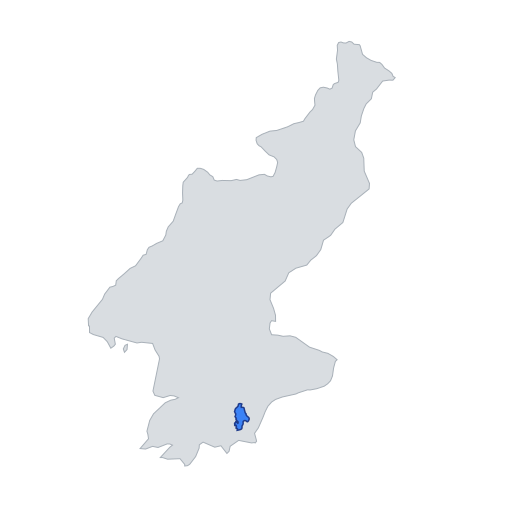 Kumchon, Hwanghae-bukto, North Korea shown in context, rotated 345°
{"feature_id": "82179303B1083832537536", "entity_name": "Kumchon", "entity_type": "district", "adm_level": 2, "iso_a3": "PRK", "parent_name": "North Korea", "parent_adm1": "Hwanghae-bukto", "projection": "robinson", "projection_center": [126.491, 38.201], "detail": "fine", "context": "in_parent", "style": "filled", "palette": "blue", "viewbox_px": 512, "rotation_deg": 345, "n_neighbors": 0, "source": "geoboundaries", "source_scale": "gbopen_adm2", "svg_char_len": 4641}
<svg xmlns="http://www.w3.org/2000/svg" viewBox="0 0 512 512"><g transform="rotate(345 256 256)"><path d="M307.5,377.2L305.4,378.3L302.0,384.2L298.8,391.7L295.7,395.8L292.1,398.0L288.2,399.4L280.4,399.9L273.5,399.4L271.2,398.6L261.6,399.1L258.9,399.6L245.0,399.0L237.8,399.6L233.3,401.1L228.6,404.2L224.6,408.7L221.0,413.6L213.8,422.6L208.7,426.9L208.7,433.2L208.6,435.1L206.8,436.4L206.2,435.8L203.3,435.4L191.5,429.6L181.8,433.1L179.4,437.7L176.8,439.2L173.0,430.2L166.7,430.0L156.7,422.1L152.4,423.7L151.3,426.9L145.8,434.1L138.1,440.0L135.6,440.8L132.8,440.4L133.2,438.8L130.1,432.1L118.0,429.4L113.6,426.5L111.4,425.9L123.3,418.4L126.4,417.1L124.1,415.3L121.6,414.5L111.8,415.6L106.8,413.1L99.4,413.9L94.2,412.0L104.9,404.7L105.4,400.3L105.3,397.0L110.8,387.3L116.2,381.9L130.3,374.3L136.4,373.2L140.8,373.5L144.4,372.8L140.6,369.9L136.9,368.5L129.7,368.8L122.2,364.4L121.5,359.8L136.2,330.4L136.4,327.8L134.2,320.6L133.5,313.7L123.1,309.7L118.5,309.2L105.2,301.4L99.9,297.4L97.8,298.6L97.3,304.8L95.4,306.2L91.9,307.5L90.2,300.3L87.3,295.1L78.6,289.8L75.4,286.9L77.0,280.6L76.2,280.1L77.7,273.1L83.2,267.7L96.5,258.1L100.0,253.6L106.8,248.3L109.8,248.4L112.9,247.9L113.9,245.6L114.6,243.8L117.3,242.2L123.8,239.2L131.2,235.4L137.1,234.3L144.3,228.6L147.2,226.0L150.2,226.0L151.0,224.8L152.6,221.9L154.9,219.9L158.1,219.5L163.3,218.1L169.9,217.2L174.3,212.4L175.8,208.9L178.8,205.1L185.0,201.0L189.3,194.8L194.0,188.2L196.3,186.0L198.5,185.6L199.8,183.1L201.4,176.0L203.5,169.1L204.8,165.9L210.3,162.3L211.7,160.6L212.9,160.0L215.4,160.5L218.8,158.4L222.0,156.1L224.9,156.9L227.9,158.8L231.0,162.6L232.4,165.7L234.8,168.2L235.3,171.9L237.8,173.5L243.0,174.3L251.5,176.8L257.0,177.0L260.2,178.9L266.8,179.9L279.9,178.4L285.3,179.3L287.6,181.6L290.9,183.4L293.1,183.5L296.0,180.4L299.1,175.2L301.1,171.3L301.0,168.2L299.1,164.9L294.8,161.7L291.9,156.9L289.2,151.9L287.5,150.3L286.2,147.9L286.0,144.2L286.9,141.7L293.4,140.0L301.8,139.0L308.6,140.1L319.9,139.4L326.8,138.0L332.0,138.2L336.7,138.1L338.8,136.0L345.4,130.9L348.6,129.1L352.0,125.6L352.6,121.9L353.2,119.0L355.2,115.8L358.6,112.0L361.5,110.2L364.8,110.4L368.3,112.2L370.5,114.0L373.0,113.5L375.0,110.4L376.4,109.8L380.3,109.5L381.5,107.7L382.9,98.7L384.3,91.6L384.6,86.6L388.0,78.4L389.0,73.5L391.1,71.2L393.5,71.3L395.6,72.8L398.1,73.6L401.5,72.8L403.9,74.1L405.5,76.8L410.5,78.6L411.0,79.9L411.1,88.8L413.9,93.0L417.7,96.8L422.8,100.2L425.5,101.0L427.2,103.5L428.8,107.7L432.5,111.8L434.5,114.8L434.9,117.9L436.6,119.7L433.8,121.6L429.9,120.5L423.6,119.8L415.6,125.9L411.1,128.0L408.1,134.0L401.8,137.6L398.4,141.4L394.0,148.0L391.1,154.4L384.4,160.9L380.5,169.1L380.4,176.1L384.9,183.3L385.4,189.4L382.5,202.0L384.4,215.3L382.6,220.5L361.7,229.7L356.2,234.2L348.6,246.1L339.2,250.5L333.4,255.4L325.3,258.2L320.2,266.6L314.5,271.3L307.8,274.2L302.7,277.9L291.3,278.1L283.3,280.7L277.7,287.7L260.5,295.7L258.2,301.8L259.4,311.1L259.5,318.3L258.0,324.2L254.2,322.5L252.2,324.4L250.0,329.9L250.7,336.1L256.6,338.1L261.4,340.6L268.2,341.9L273.3,344.8L284.1,357.9L292.8,363.6L295.1,365.8L300.2,368.6L304.8,373.2L307.5,377.2ZM107.2,313.0L104.0,315.0L103.8,311.4L106.4,308.4L109.0,308.0L107.2,313.0Z" fill="#d9dde1" stroke="#a8b0b8" stroke-width="1"/><path d="M205.6,406.1L205.0,404.7L205.0,403.4L205.0,401.7L205.1,399.6L204.5,399.0L203.6,398.6L202.6,398.4L202.8,397.3L203.4,396.2L204.0,395.4L203.2,394.7L201.9,394.3L200.8,394.5L200.2,395.6L200.0,396.2L199.0,396.9L197.9,397.5L196.8,398.0L196.0,399.0L195.6,399.9L195.0,400.7L195.2,401.8L195.4,402.8L195.6,403.3L195.2,404.3L194.8,405.0L194.2,405.6L194.4,406.4L194.8,407.1L194.6,407.9L194.8,408.3L194.4,408.7L194.6,409.1L194.9,410.1L195.1,410.5L195.7,411.2L195.6,412.4L195.5,412.7L195.1,412.8L195.1,412.7L194.8,412.3L194.6,412.0L194.3,410.6L193.9,410.5L193.6,410.8L193.4,411.2L193.1,411.6L192.7,411.8L192.3,411.8L192.0,412.1L192.1,412.5L192.1,412.8L191.7,413.5L191.6,413.8L191.7,414.2L191.9,414.5L192.6,414.2L193.0,414.5L193.0,414.8L193.0,415.5L192.5,416.6L192.3,416.8L192.2,416.9L192.2,417.2L192.5,417.5L192.9,417.5L193.2,417.9L193.4,418.3L193.4,418.6L193.0,418.9L192.7,419.5L194.1,419.6L195.2,419.6L196.1,419.6L196.9,419.4L197.3,419.3L197.6,419.0L198.0,418.3L198.3,417.2L198.5,416.6L199.8,415.3L200.2,414.6L200.5,413.2L200.6,412.9L200.8,412.5L201.2,412.3L202.0,412.0L202.3,412.0L202.7,412.1L203.1,412.2L203.5,412.5L203.8,412.8L204.2,413.5L204.6,413.8L204.8,413.9L205.3,413.8L205.6,413.6L206.0,413.3L206.6,412.6L206.9,412.3L207.2,411.7L207.3,411.3L207.3,410.9L207.3,410.5L207.2,410.2L207.0,409.8L206.2,408.8L205.8,408.1L205.5,407.4L205.4,407.1L205.4,406.4L205.6,406.1Z" fill="#3b82f6" stroke="#1e3a8a" stroke-width="1.5"/></g></svg>